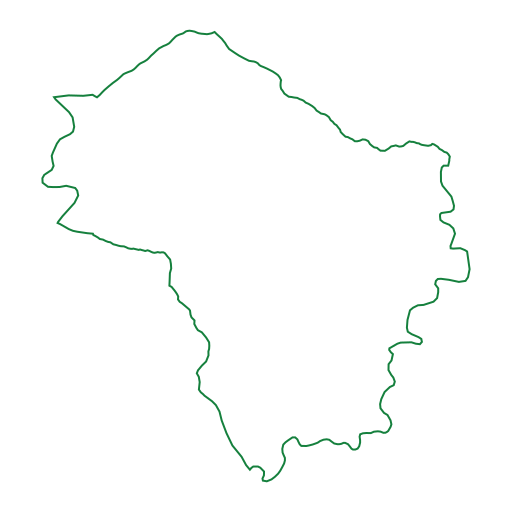 the district of Kengkhar, Mongar, Bhutan
{"feature_id": "84629894B5600301866279", "entity_name": "Kengkhar", "entity_type": "district", "adm_level": 2, "iso_a3": "BTN", "parent_name": "Bhutan", "parent_adm1": "Mongar", "projection": "robinson", "projection_center": [91.304, 27.128], "detail": "fine", "context": "isolated", "style": "outline", "palette": "green", "viewbox_px": 512, "rotation_deg": 0, "n_neighbors": 0, "source": "geoboundaries", "source_scale": "gbopen_adm2", "svg_char_len": 5183}
<svg xmlns="http://www.w3.org/2000/svg" viewBox="0 0 512 512"><path d="M391.4,424.3L390.5,420.3L387.5,415.0L384.0,412.9L380.5,408.3L380.1,404.1L381.3,399.1L384.6,392.0L389.9,387.0L393.7,385.2L394.8,381.6L393.3,377.5L391.3,375.0L388.5,370.1L388.6,364.2L391.5,360.5L392.9,354.1L390.9,352.3L389.2,349.9L389.4,348.3L397.4,343.7L400.7,342.6L411.4,342.3L415.8,343.7L419.9,344.2L421.9,341.9L421.3,338.9L418.5,337.1L411.7,334.2L407.8,331.7L406.9,327.7L407.5,319.9L410.0,310.3L413.1,307.7L417.9,305.3L423.6,304.9L433.5,301.7L437.1,298.1L438.2,292.2L438.2,288.3L435.2,284.3L435.9,280.9L437.8,279.0L441.0,278.8L448.9,279.8L458.9,281.9L465.5,280.9L468.0,277.2L469.6,269.2L467.1,251.5L464.9,250.1L460.3,248.2L453.1,248.6L450.7,248.3L450.5,246.0L451.4,243.7L455.0,233.7L453.3,228.4L449.4,224.8L443.5,222.4L440.4,219.9L440.0,216.2L440.1,214.3L441.4,213.0L450.6,211.7L453.5,209.4L454.0,205.8L452.7,200.9L451.4,196.6L442.5,185.7L441.0,181.5L440.9,171.9L441.8,167.5L443.6,165.7L448.2,165.7L449.3,160.7L449.3,159.3L449.8,156.6L449.2,155.6L448.3,154.2L446.7,152.6L444.3,151.9L441.9,150.1L439.5,148.9L437.8,146.8L435.6,145.4L434.0,144.4L432.3,143.9L430.9,145.2L428.1,145.8L423.9,145.2L421.7,144.8L420.0,144.1L419.0,143.4L416.7,143.1L414.8,142.3L413.2,141.9L411.6,141.9L409.4,141.4L406.1,143.5L404.8,144.6L403.3,145.9L401.4,146.4L399.2,146.6L395.8,145.4L393.8,145.9L391.2,146.4L388.7,148.5L384.9,150.8L381.7,150.7L380.5,150.7L378.4,149.1L377.1,147.9L374.2,147.4L372.2,146.0L369.9,144.0L368.3,141.2L366.6,140.3L365.4,139.7L362.6,139.4L359.8,140.7L357.0,141.3L354.8,141.2L352.4,139.3L350.2,138.4L347.9,137.1L345.5,136.7L344.2,135.5L342.5,133.9L340.7,132.0L340.0,129.6L338.6,128.0L336.5,125.2L334.4,123.9L332.8,121.8L330.7,120.2L328.9,117.1L326.4,115.2L324.7,114.3L320.9,113.5L319.3,112.3L316.6,110.6L314.6,108.0L312.1,106.0L309.8,104.6L308.5,103.8L305.7,102.6L303.6,100.7L301.7,99.8L299.8,99.2L297.3,97.9L294.0,97.5L291.5,97.0L288.7,96.7L284.4,93.6L282.5,90.6L281.2,89.0L280.7,87.2L280.5,85.4L280.6,83.3L280.8,81.3L281.1,80.2L279.7,77.4L278.0,75.2L275.9,73.6L272.7,71.5L267.0,68.6L263.6,67.1L260.8,66.0L259.4,65.1L257.7,63.2L255.7,62.1L253.9,61.5L252.1,61.3L249.0,60.8L244.2,58.4L239.0,55.6L235.0,53.0L229.1,49.0L227.9,47.3L226.6,45.5L225.2,43.1L223.1,40.5L221.9,38.9L219.9,37.0L216.8,34.2L214.6,32.0L211.6,33.3L208.8,33.9L207.0,34.2L203.9,33.9L201.4,33.7L198.5,33.2L196.9,32.6L194.6,31.6L191.6,31.0L189.5,30.7L187.3,31.0L185.7,31.5L184.4,32.5L182.8,33.5L179.6,34.5L177.1,35.6L175.6,36.6L174.2,38.0L172.4,39.8L170.8,41.6L169.1,43.3L167.4,44.3L165.8,45.1L163.5,46.0L161.3,47.2L159.2,48.3L156.2,50.9L153.4,53.6L151.1,55.6L148.7,58.2L147.1,59.7L144.5,61.4L140.4,63.4L139.0,64.4L137.2,66.1L135.5,67.9L133.8,69.4L131.6,70.8L127.6,72.3L125.0,73.4L123.4,74.2L119.1,78.2L117.1,79.9L112.8,83.0L109.0,86.1L104.5,90.0L102.1,92.4L99.7,95.0L97.0,97.3L94.9,96.2L92.6,94.8L83.3,95.8L68.6,95.4L54.1,97.2L55.6,99.4L69.0,112.1L72.6,117.4L74.2,126.8L73.0,131.6L70.0,134.2L64.5,136.8L60.0,139.3L56.9,143.6L52.9,152.6L51.7,155.9L52.6,161.6L53.6,165.9L51.7,169.9L44.3,174.8L42.4,178.2L42.6,182.7L48.0,186.8L53.4,187.1L59.6,187.0L66.2,185.8L75.2,188.0L77.2,190.7L78.2,195.5L74.5,202.9L62.5,216.2L58.1,221.9L57.6,223.0L60.1,224.1L68.8,229.1L72.9,230.8L77.1,231.7L87.3,233.2L92.9,233.7L93.4,235.1L94.4,235.5L96.4,236.6L98.2,237.7L99.8,239.0L103.0,239.6L105.7,241.0L108.1,241.9L110.4,242.3L113.3,244.3L116.2,245.0L118.4,245.7L120.6,246.2L124.0,246.4L126.2,247.3L128.2,248.3L130.1,248.7L132.0,248.9L133.3,248.6L138.8,249.9L140.0,249.5L142.0,250.1L143.6,250.5L145.2,251.0L147.6,250.3L149.3,250.9L151.5,252.0L153.1,252.6L154.6,252.8L156.2,252.5L157.7,252.1L160.1,252.6L161.7,252.3L163.2,252.3L164.7,253.0L165.9,254.4L167.4,256.4L170.1,259.5L170.9,263.8L171.2,268.5L169.9,273.1L169.6,281.5L169.4,285.7L171.6,286.9L174.6,290.6L175.9,292.4L177.2,294.4L178.2,296.5L178.0,299.4L179.7,301.8L181.9,303.2L185.9,306.6L189.2,309.4L190.0,310.6L190.3,312.9L190.5,314.6L191.5,317.4L192.7,318.6L194.5,320.4L194.3,324.0L196.3,327.8L197.9,330.2L201.8,332.3L204.2,335.2L206.1,337.5L209.1,342.3L209.3,345.8L209.1,349.0L208.4,351.4L208.5,355.4L206.1,361.5L201.9,365.6L198.0,370.3L196.8,373.3L198.8,376.8L199.7,382.1L198.9,389.6L200.8,392.3L203.1,394.2L204.5,395.7L212.0,401.2L215.9,405.1L219.5,411.6L221.7,420.5L226.5,433.2L232.4,445.5L241.6,456.8L246.1,465.1L249.9,469.7L251.4,467.9L253.3,466.5L257.9,466.5L260.3,467.7L264.0,471.5L264.0,473.3L263.9,475.5L262.5,478.5L262.9,480.6L266.8,481.3L271.5,479.4L274.9,476.8L278.1,473.7L280.2,470.8L282.3,467.0L284.1,463.5L284.9,460.5L284.9,457.9L283.5,454.8L282.6,452.6L282.3,448.9L283.3,444.6L285.5,442.3L288.2,440.3L292.5,437.4L295.2,437.4L297.4,439.4L298.3,441.5L299.7,444.3L301.3,445.9L306.3,446.0L308.8,445.5L312.7,444.5L316.9,443.0L318.0,442.5L320.0,441.1L323.5,439.7L326.7,439.3L329.3,439.8L331.2,441.3L334.2,443.5L337.5,444.2L339.2,444.2L341.4,443.8L343.4,442.9L345.2,442.9L348.0,444.2L349.8,446.4L351.5,448.7L352.9,449.5L355.4,449.5L357.6,448.6L359.2,446.3L360.1,442.6L360.1,440.1L359.6,436.7L360.2,434.3L362.9,433.3L366.3,433.0L370.8,433.1L373.9,431.7L377.8,431.3L380.4,431.6L383.4,432.8L385.5,432.7L387.0,431.9L388.2,431.0L390.6,426.8L391.4,424.3Z" fill="none" stroke="#15803d" stroke-width="2"/></svg>